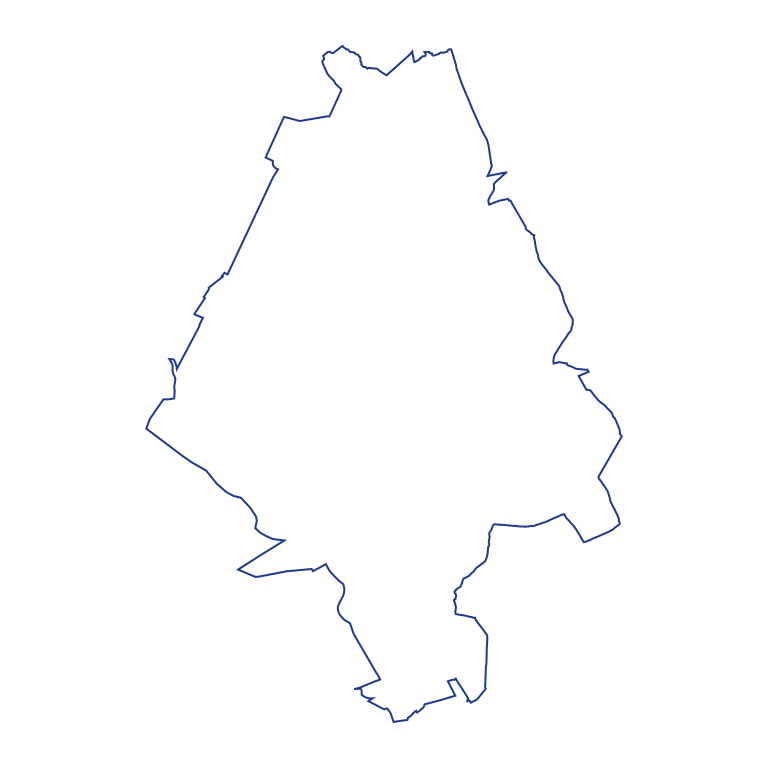 outline of Motca, Iasi, Romania
{"feature_id": "2599482B18816841555206", "entity_name": "Motca", "entity_type": "district", "adm_level": 2, "iso_a3": "ROU", "parent_name": "Romania", "parent_adm1": "Iasi", "projection": "equal_earth", "projection_center": [26.629, 47.225], "detail": "fine", "context": "isolated", "style": "outline", "palette": "blue", "viewbox_px": 768, "rotation_deg": 0, "n_neighbors": 0, "source": "geoboundaries", "source_scale": "gbopen_adm2", "svg_char_len": 6040}
<svg xmlns="http://www.w3.org/2000/svg" viewBox="0 0 768 768"><path d="M313.0,571.2L325.9,564.1L328.7,569.5L330.9,572.5L338.7,580.6L343.3,584.2L344.4,589.0L344.1,592.0L343.4,595.2L339.1,603.6L337.8,607.1L337.9,610.1L339.2,613.7L339.9,615.0L343.8,619.4L350.0,623.3L353.7,634.0L376.4,673.0L377.8,674.9L380.2,679.5L375.2,681.3L359.5,687.8L354.1,689.1L359.2,688.7L361.0,689.2L361.6,690.2L361.7,694.9L364.8,696.9L366.7,697.8L369.4,698.4L372.6,698.3L368.4,701.1L384.2,709.4L385.7,708.8L387.2,708.5L390.4,712.8L393.6,721.9L407.4,719.9L408.1,717.5L410.5,716.2L413.6,712.8L416.1,710.8L417.1,712.5L418.6,711.5L422.6,708.2L423.7,707.0L424.6,704.4L441.0,700.0L455.3,695.7L447.9,681.3L452.3,679.8L454.5,679.7L455.2,679.2L455.8,678.6L458.7,683.8L460.3,685.8L468.2,698.5L467.4,700.2L467.4,701.3L469.2,700.5L469.8,700.9L470.8,702.7L477.0,699.5L485.7,688.9L485.5,688.5L485.2,687.1L485.0,685.7L485.3,683.9L485.9,667.2L486.3,664.6L486.6,658.2L486.7,650.6L487.0,643.7L487.2,642.2L487.3,636.6L487.2,635.7L486.9,634.9L486.1,633.7L482.0,628.2L477.3,622.1L475.9,620.2L475.0,618.5L475.0,617.8L473.6,617.8L471.9,617.1L468.8,616.6L465.5,615.7L455.9,614.1L455.5,613.6L455.4,612.0L455.3,611.1L456.0,607.8L456.0,607.2L455.4,605.6L455.3,604.7L455.4,604.4L455.2,603.8L455.0,603.6L454.8,602.8L454.5,602.3L454.5,601.5L453.9,600.4L453.9,600.2L454.0,599.9L454.4,599.9L454.7,599.3L455.4,599.2L455.5,598.7L455.7,597.3L456.0,596.6L456.1,595.4L455.6,593.8L455.4,593.8L454.9,593.5L454.6,592.7L454.6,592.0L454.8,591.1L455.0,590.8L455.5,590.5L456.0,589.8L456.5,589.8L456.7,589.1L457.4,588.5L460.0,587.1L460.7,586.3L461.5,584.0L462.1,583.2L462.1,582.5L462.5,581.1L463.4,578.8L464.1,578.3L465.8,577.6L469.6,575.5L470.2,574.6L471.2,573.5L473.7,571.5L475.3,569.1L476.4,567.8L478.5,566.4L480.9,564.5L483.1,562.9L485.4,561.0L485.7,559.9L486.3,558.7L487.3,555.3L487.5,553.7L487.8,552.6L487.7,551.3L487.9,550.3L488.2,547.2L488.4,546.1L488.9,545.8L489.3,544.9L489.3,544.1L488.7,542.5L489.0,540.4L489.6,537.3L489.2,533.4L489.6,532.4L491.4,529.8L492.7,526.1L493.2,525.2L494.3,524.2L501.4,524.9L502.9,524.8L505.2,525.0L507.0,525.3L508.2,525.3L511.7,525.8L515.6,525.9L519.6,526.5L520.9,526.5L522.2,526.4L524.5,526.7L528.7,526.4L531.2,526.0L532.6,526.0L533.8,525.9L534.7,525.7L536.3,524.9L538.9,524.3L542.7,522.8L545.7,522.0L553.2,518.5L556.9,517.0L560.3,515.4L563.9,514.0L565.9,517.3L567.3,519.1L568.9,520.5L570.4,522.6L572.5,524.7L575.2,528.0L576.7,530.3L580.8,537.0L581.1,537.8L583.8,542.2L585.3,541.8L589.9,540.1L592.4,538.8L595.8,537.3L596.6,537.1L609.3,531.5L610.7,530.8L611.1,530.3L612.9,529.5L614.6,527.9L618.3,525.2L619.8,523.8L619.0,520.8L618.8,519.4L618.8,518.8L618.2,517.3L617.8,516.0L614.1,508.5L613.1,506.7L610.5,501.4L609.6,497.3L607.9,491.8L606.1,488.7L600.8,481.0L598.6,478.2L598.5,476.7L621.7,436.5L621.1,435.1L620.6,434.8L619.8,433.7L620.0,432.5L619.6,429.8L617.4,424.0L614.5,417.7L613.6,417.2L612.8,416.0L612.3,414.3L611.5,412.4L607.5,408.5L605.3,406.0L603.4,404.3L601.5,403.0L598.8,400.8L594.1,395.4L591.1,391.2L590.3,390.5L589.5,390.1L587.2,389.7L586.4,389.8L578.7,376.0L588.6,371.8L587.4,369.6L586.2,369.8L576.3,368.8L575.1,368.4L572.1,366.8L567.8,365.3L567.1,364.7L566.9,363.4L564.8,363.2L559.3,362.1L553.7,363.5L553.6,363.1L553.4,361.0L553.7,358.4L554.1,356.5L554.5,355.3L555.0,354.2L560.3,345.8L562.2,342.6L565.9,337.6L568.8,333.0L570.0,332.0L570.5,331.4L571.5,329.0L571.7,327.3L572.3,325.6L572.7,323.8L572.7,319.7L572.4,318.6L569.6,313.9L568.1,311.1L566.9,307.8L564.2,302.0L563.3,298.6L563.1,296.8L561.4,292.1L560.6,290.5L559.9,288.6L559.3,286.1L556.8,283.2L553.4,279.0L551.6,276.8L547.2,271.4L546.9,270.5L542.8,265.5L540.4,262.2L538.8,259.3L537.7,254.0L536.7,251.6L535.4,245.1L534.9,241.4L534.4,239.2L534.0,238.2L534.0,236.5L534.3,235.2L532.7,234.7L529.1,231.5L527.3,230.4L526.2,229.3L525.7,228.5L525.8,227.1L511.4,202.4L510.4,200.5L509.1,200.7L508.0,198.9L498.9,200.8L489.2,204.6L488.4,201.6L488.5,199.7L489.8,197.0L493.0,191.7L494.1,189.2L494.1,188.5L493.9,186.3L493.9,184.4L494.1,183.7L495.1,182.5L498.7,179.2L500.4,177.9L502.5,175.7L505.4,173.2L507.0,172.2L487.6,176.0L490.3,170.1L491.6,166.6L491.8,165.7L491.2,163.4L488.5,145.3L487.2,140.5L486.4,138.7L483.9,134.3L481.1,128.5L480.5,127.5L472.2,108.8L468.1,98.6L465.2,92.0L461.4,82.6L457.3,70.8L456.8,69.9L456.0,65.1L453.2,55.6L451.1,49.3L449.0,49.3L447.8,50.3L447.4,51.5L445.2,52.2L443.7,52.8L440.6,52.5L438.6,53.9L436.4,54.8L433.8,55.6L432.5,55.4L431.9,54.7L432.1,53.8L432.0,53.5L429.6,53.0L429.2,51.9L424.6,52.0L425.4,53.3L425.7,54.4L425.5,55.5L424.6,56.2L423.1,56.4L422.5,56.3L422.1,56.5L421.5,57.1L421.2,57.6L420.1,58.1L420.1,58.8L419.1,59.6L415.5,61.7L414.3,62.1L413.7,59.6L413.2,56.7L412.7,54.7L412.2,51.6L410.2,54.2L386.6,75.3L385.7,74.7L384.9,74.4L383.8,73.6L380.2,71.3L377.2,68.8L368.4,67.9L367.5,68.7L366.5,68.0L366.1,67.3L364.9,66.9L363.4,67.0L361.2,64.6L361.5,63.0L360.2,60.6L360.5,58.9L360.1,57.3L359.0,56.5L358.3,55.0L355.9,54.2L354.5,52.6L349.9,51.7L349.4,51.4L348.5,49.9L348.0,49.5L346.1,49.2L343.5,47.2L342.6,46.1L340.9,47.1L333.3,53.0L331.9,53.1L329.8,51.8L328.1,51.8L323.1,55.8L324.2,58.8L322.3,61.4L322.8,63.5L327.6,74.1L329.1,76.0L333.6,80.5L335.8,84.1L341.0,89.1L341.3,90.0L341.1,90.9L329.4,116.4L326.9,116.4L301.1,120.8L299.9,120.9L298.1,120.6L286.8,117.5L283.9,117.0L265.6,157.5L272.8,160.9L272.8,163.8L273.3,165.7L275.2,168.0L278.0,169.3L273.0,177.4L227.5,274.5L224.5,272.8L221.9,276.3L222.7,276.8L208.7,287.7L209.0,289.0L203.7,297.2L204.9,298.2L194.3,314.1L196.3,315.3L198.9,316.2L202.9,317.8L199.3,325.1L199.6,325.8L176.8,368.9L176.5,366.3L175.4,362.8L174.4,360.5L173.9,359.7L172.6,359.3L169.3,359.0L171.8,363.0L172.5,364.8L172.6,366.7L172.5,370.5L173.4,374.3L174.3,375.8L175.4,379.0L174.2,387.0L174.7,391.2L174.2,398.4L168.7,399.3L163.4,399.4L149.9,418.8L146.3,428.6L183.1,456.4L192.3,462.7L206.2,470.6L216.9,483.9L226.5,492.2L233.7,496.0L240.8,497.7L250.3,507.8L256.0,516.5L256.8,520.5L255.3,528.2L260.4,532.9L266.6,536.3L273.2,539.1L284.3,540.5L258.5,556.5L238.1,569.6L255.7,577.0L259.5,576.5L286.7,571.3L311.6,569.0L313.0,571.2Z" fill="none" stroke="#1e3a8a" stroke-width="2"/></svg>